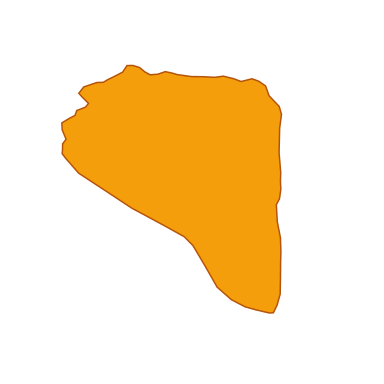 outline of Ovanåker, Gävleborg, Sweden, rotated 341°
{"feature_id": "70781695B81949975609357", "entity_name": "Ovanåker", "entity_type": "district", "adm_level": 2, "iso_a3": "SWE", "parent_name": "Sweden", "parent_adm1": "Gävleborg", "projection": "orthographic", "projection_center": [15.777, 61.335], "detail": "fine", "context": "isolated", "style": "filled", "palette": "amber", "viewbox_px": 384, "rotation_deg": 341, "n_neighbors": 0, "source": "geoboundaries", "source_scale": "gbopen_adm2", "svg_char_len": 984}
<svg xmlns="http://www.w3.org/2000/svg" viewBox="0 0 384 384"><g transform="rotate(341 192 192)"><path d="M229.6,332.7L235.6,326.7L242.1,317.3L247.3,303.1L253.2,286.5L256.7,277.1L260.7,264.1L263.0,247.7L267.6,231.5L272.5,226.9L276.9,218.3L279.1,210.7L282.1,202.9L287.2,183.0L295.7,160.1L301.9,147.7L302.3,139.5L296.2,126.1L296.1,115.7L291.2,109.0L285.6,104.5L274.4,103.5L268.1,98.3L259.5,92.8L259.4,92.7L250.6,90.9L239.8,86.5L229.3,82.8L216.3,76.2L211.5,72.8L205.9,69.5L198.1,69.5L190.7,67.6L186.6,63.2L182.9,57.2L177.3,53.1L171.7,51.3L165.4,56.1L155.8,57.5L149.1,58.3L143.9,59.4L137.6,57.5L123.9,57.4L117.1,61.8L119.0,66.3L123.0,74.5L118.9,77.1L109.6,77.4L106.3,81.5L99.6,82.5L91.4,84.3L89.5,91.0L90.1,101.1L85.3,104.4L83.3,110.0L81.7,113.5L83.6,119.2L91.0,137.4L105.5,156.1L129.9,187.8L154.4,214.3L170.2,231.9L175.5,243.1L180.1,265.4L184.8,290.2L194.2,306.7L200.2,313.0L204.9,317.9L214.3,324.4L225.6,331.5L229.6,332.7Z" fill="#f59e0b" stroke="#b45309" stroke-width="1.5"/></g></svg>